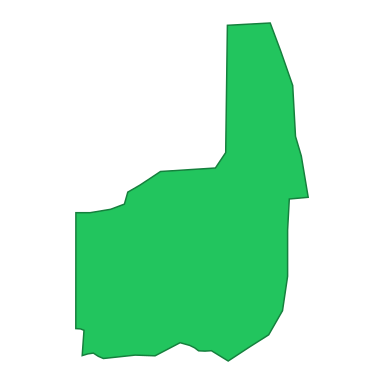 an SVG outline of Nakapiripirit
{"feature_id": "UGA-3128", "entity_name": "Nakapiripirit", "entity_type": "District", "adm_level": 1, "iso_a3": "UGA", "parent_name": "Uganda", "parent_adm1": "", "projection": "albers", "projection_center": [34.525, 2.013], "detail": "fine", "context": "isolated", "style": "filled", "palette": "green", "viewbox_px": 384, "rotation_deg": 0, "n_neighbors": 0, "source": "natural_earth", "source_scale": "10m", "svg_char_len": 599}
<svg xmlns="http://www.w3.org/2000/svg" viewBox="0 0 384 384"><path d="M205.0,351.1L198.6,350.8L194.6,347.8L189.7,345.4L180.1,342.7L155.1,355.8L135.2,355.1L103.4,358.5L98.3,356.3L93.4,353.1L87.8,353.9L82.2,355.6L84.0,330.3L80.5,328.9L75.8,328.6L75.9,212.7L90.0,212.7L110.6,209.3L124.4,204.1L127.8,192.1L139.8,185.2L160.5,171.5L215.4,168.0L225.7,152.6L227.4,25.3L270.2,23.0L280.7,51.1L292.7,85.5L295.5,136.4L301.3,156.0L308.2,197.3L289.3,199.0L287.6,229.9L287.6,276.3L282.5,310.7L268.7,334.8L249.8,346.8L228.2,361.0L211.4,350.7L205.0,351.1Z" fill="#22c55e" stroke="#15803d" stroke-width="1.5"/></svg>